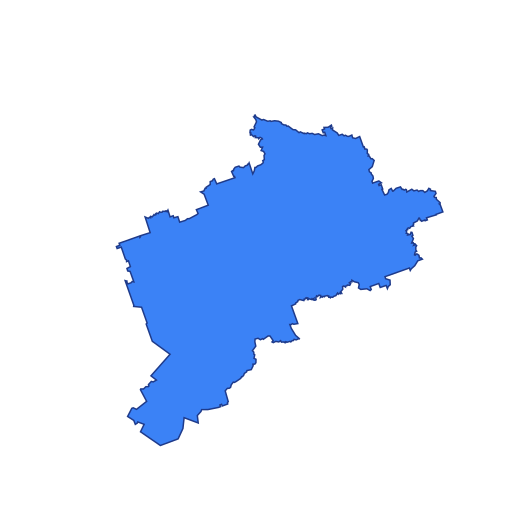 the district of Warrumbungle, New South Wales, Australia, rotated 242°
{"feature_id": "25037944B19485668266020", "entity_name": "Warrumbungle", "entity_type": "district", "adm_level": 2, "iso_a3": "AUS", "parent_name": "Australia", "parent_adm1": "New South Wales", "projection": "orthographic", "projection_center": [149.548, -31.455], "detail": "fine", "context": "isolated", "style": "filled", "palette": "blue", "viewbox_px": 512, "rotation_deg": 242, "n_neighbors": 0, "source": "geoboundaries", "source_scale": "gbopen_adm2", "svg_char_len": 6142}
<svg xmlns="http://www.w3.org/2000/svg" viewBox="0 0 512 512"><g transform="rotate(242 256 256)"><path d="M182.4,219.2L180.0,220.6L179.9,223.1L179.0,223.4L179.7,229.2L178.8,230.8L173.2,231.4L172.6,229.8L171.4,230.6L171.3,233.4L169.4,235.8L169.7,238.0L168.0,238.0L167.2,239.9L165.8,240.9L166.4,241.4L165.8,242.0L166.2,242.3L165.2,243.2L164.7,245.9L163.8,246.4L164.3,248.2L163.8,249.2L164.5,250.5L163.1,252.1L162.9,254.9L162.1,255.7L167.3,253.7L175.5,253.2L179.6,253.7L178.9,254.9L179.2,256.4L178.0,257.3L176.7,261.2L195.3,263.9L195.1,268.5L195.9,269.0L196.1,271.4L197.1,272.2L197.0,274.2L194.2,277.3L195.2,278.2L194.7,278.6L195.6,280.0L194.9,280.9L195.3,281.3L194.6,282.1L193.3,281.0L192.9,281.6L193.3,282.8L191.5,284.6L192.0,285.4L191.1,285.6L191.3,287.1L190.2,286.1L189.2,287.3L189.2,288.6L190.8,289.1L192.3,290.7L191.3,291.2L191.9,293.2L190.8,294.6L189.1,293.3L189.2,295.1L188.5,295.4L188.9,296.3L187.9,297.3L188.3,297.8L187.6,300.4L186.7,300.7L186.6,301.4L185.4,300.9L185.0,301.8L184.2,302.0L184.6,302.8L183.5,304.4L183.9,305.8L183.5,307.9L185.0,310.6L183.7,310.7L184.0,311.5L183.0,312.9L184.0,313.2L183.1,314.1L184.7,314.1L185.9,317.0L188.4,318.1L188.3,319.4L186.7,320.4L187.4,320.7L187.0,322.2L187.5,323.0L186.1,325.0L187.2,326.6L188.5,325.8L188.8,327.5L188.1,328.4L189.6,329.3L187.1,330.7L184.4,333.8L182.3,333.7L179.7,331.5L177.3,332.8L175.0,338.5L171.9,340.6L172.3,342.0L175.4,342.5L174.1,351.5L169.9,350.9L168.9,357.1L165.5,356.7L167.0,358.5L167.6,361.0L171.8,363.0L175.1,359.8L177.2,360.2L173.4,385.8L170.8,385.4L171.8,387.1L172.9,391.6L175.8,396.6L175.1,401.4L176.8,400.9L177.6,399.4L180.1,400.2L181.9,399.4L182.5,398.6L182.0,396.9L182.6,396.5L184.8,398.4L184.8,400.1L186.2,399.9L188.9,401.3L189.7,402.7L191.0,402.3L191.4,400.4L192.2,401.9L193.1,400.9L193.9,401.1L194.4,399.6L197.5,403.2L200.4,402.9L200.5,404.2L203.6,404.8L204.2,404.1L202.6,402.3L203.3,399.9L203.9,400.8L205.5,399.3L206.3,400.3L207.9,400.3L207.8,401.1L208.6,401.5L208.2,402.4L209.2,402.8L209.3,403.7L208.3,404.7L209.3,406.6L208.6,409.2L209.6,409.1L209.9,410.0L211.2,410.5L211.2,415.0L213.0,417.6L212.7,418.1L210.2,417.8L210.1,418.4L208.9,418.6L208.5,422.0L207.7,421.9L207.4,424.2L209.7,424.5L207.7,434.5L208.2,434.6L207.2,441.7L214.5,442.7L215.8,442.3L215.6,443.0L216.7,443.6L221.4,441.9L223.0,442.6L224.0,441.1L225.2,441.2L226.7,444.3L228.9,444.7L231.9,440.7L233.1,441.4L234.6,440.4L233.1,437.8L232.9,434.9L235.4,434.0L236.6,431.7L236.7,429.9L238.6,429.2L239.4,426.0L241.8,424.9L241.7,419.2L243.9,419.9L244.6,419.5L244.6,417.8L246.0,417.1L246.1,416.3L249.2,416.0L250.0,411.5L248.9,407.7L249.1,407.1L252.2,407.1L252.0,404.5L249.9,402.6L249.0,400.6L249.5,398.2L255.7,398.5L255.6,399.3L260.0,400.0L260.4,397.7L261.8,397.9L261.7,401.1L264.6,399.7L265.6,393.2L267.5,393.5L269.3,396.0L271.7,396.8L274.4,396.3L275.3,396.7L277.1,395.7L279.3,396.2L280.3,400.6L284.9,405.2L287.4,404.3L287.9,403.1L291.2,402.9L291.6,402.0L292.8,403.2L294.3,402.4L297.4,404.1L298.3,404.0L299.8,401.7L299.7,402.5L301.7,402.8L301.9,402.0L312.8,403.6L313.0,399.1L315.0,396.8L317.8,397.4L318.0,394.2L318.8,392.8L320.6,391.7L320.8,390.2L323.0,389.3L323.6,385.7L326.5,385.5L331.5,382.7L333.1,383.8L333.3,382.0L335.2,382.3L335.0,383.8L336.2,384.0L335.8,380.1L337.6,376.4L336.0,376.1L336.3,373.6L333.2,373.2L333.0,374.7L329.5,374.2L330.8,372.8L331.2,371.0L334.6,368.5L335.7,364.8L337.9,363.2L338.8,360.7L340.6,359.2L340.4,357.8L341.8,356.3L341.5,355.9L344.8,353.4L344.7,351.9L348.8,350.2L350.2,348.0L355.7,345.4L356.0,344.2L357.6,343.9L358.7,342.1L361.0,340.6L362.0,341.0L364.5,339.1L366.7,335.9L367.8,332.4L368.7,332.0L369.4,329.7L373.0,326.7L373.3,325.0L378.8,321.4L380.9,321.4L380.9,320.7L379.7,320.1L379.9,319.3L376.5,319.9L374.2,319.4L370.9,314.9L369.8,315.2L368.7,313.6L368.5,312.9L369.9,311.5L369.9,310.0L367.6,308.5L367.3,309.2L365.9,308.6L365.4,307.2L365.3,309.0L362.6,309.9L362.7,311.5L361.9,312.0L360.9,311.0L359.2,313.7L358.3,313.5L358.9,315.3L357.0,316.6L356.3,316.6L356.4,314.6L353.5,310.6L350.0,310.9L349.0,312.9L346.7,310.0L344.8,311.8L342.0,311.9L341.0,310.3L337.2,308.6L337.0,306.7L335.5,306.6L334.8,305.7L334.3,303.1L334.8,299.6L334.2,297.8L334.7,296.6L332.0,294.5L330.0,291.7L341.4,293.6L340.6,292.6L341.0,292.1L340.3,291.1L340.6,288.7L339.9,286.5L342.0,283.5L343.4,283.2L344.1,279.3L343.3,277.4L341.9,276.1L342.4,275.5L342.1,274.1L336.7,273.7L336.4,274.4L335.0,274.2L338.1,255.2L343.8,255.6L343.9,254.4L342.9,252.7L343.2,250.5L340.6,249.1L340.1,244.2L339.3,243.8L339.7,242.9L337.9,240.5L338.6,237.2L334.9,239.2L323.3,237.7L324.9,225.1L320.7,224.8L320.3,223.3L320.3,214.7L321.1,213.0L320.6,210.3L321.7,204.5L327.4,205.5L328.3,201.4L330.4,201.8L330.9,198.5L337.9,199.8L336.9,198.3L337.8,198.2L337.8,197.3L338.3,197.1L338.1,196.6L339.3,194.6L338.8,193.8L339.2,192.5L340.3,191.6L339.3,189.6L340.5,188.5L340.5,187.5L339.5,187.1L339.8,185.3L340.4,185.3L339.3,182.9L340.4,181.6L339.3,180.9L340.2,180.2L339.8,178.6L342.5,176.4L326.3,173.5L328.2,163.3L327.4,163.2L326.9,162.2L328.3,162.4L331.5,141.1L329.4,140.8L329.9,137.2L327.8,136.9L327.1,141.2L314.6,139.2L313.4,139.8L311.8,139.1L311.6,141.1L305.6,140.1L305.6,136.2L303.0,135.7L301.5,137.6L290.5,136.0L291.6,134.7L291.0,133.1L291.5,129.9L293.5,129.6L294.4,130.3L295.7,128.9L269.9,125.0L268.9,124.3L264.5,130.9L247.9,128.4L247.5,127.1L229.4,124.4L209.6,134.0L199.5,107.0L193.2,109.8L193.1,106.1L194.4,104.7L193.0,100.7L191.5,100.4L191.2,99.7L192.3,97.4L191.4,94.3L192.7,91.8L192.2,91.2L179.0,91.2L176.7,78.5L179.6,76.3L179.8,74.8L174.6,67.3L168.2,70.9L164.0,70.4L164.2,72.7L165.0,73.7L159.9,78.2L155.0,71.5L133.6,82.6L131.1,101.4L138.0,110.5L147.0,116.6L135.7,126.6L142.7,129.3L144.6,134.5L145.9,135.9L143.0,141.4L139.9,151.8L139.6,153.9L141.4,154.2L141.2,156.0L139.4,155.8L138.6,161.5L140.1,162.1L140.4,163.1L151.4,165.5L152.6,168.6L151.8,170.2L151.9,171.8L153.9,173.7L155.3,176.7L154.5,177.6L154.5,179.4L155.1,185.0L156.2,186.7L155.8,187.3L156.4,189.0L157.8,190.6L158.1,193.3L159.1,194.2L157.9,198.5L160.4,201.9L161.9,202.5L161.1,204.2L161.8,205.8L164.8,207.5L166.6,206.2L169.4,208.5L170.2,208.0L172.2,208.9L174.1,208.4L176.5,213.5L180.8,214.7L183.1,216.2L182.4,219.2Z" fill="#3b82f6" stroke="#1e3a8a" stroke-width="1.5"/></g></svg>